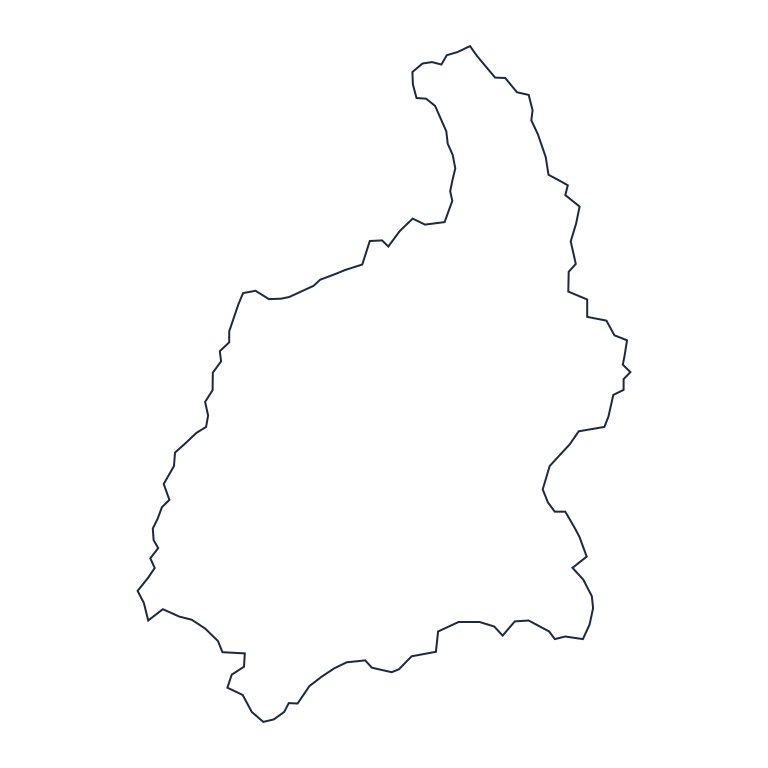 outline of Chuvisca, Rio Grande do Sul, Brazil
{"feature_id": "56859067B76189475102624", "entity_name": "Chuvisca", "entity_type": "district", "adm_level": 2, "iso_a3": "BRA", "parent_name": "Brazil", "parent_adm1": "Rio Grande do Sul", "projection": "robinson", "projection_center": [-52.004, -30.767], "detail": "fine", "context": "isolated", "style": "outline", "palette": "slate", "viewbox_px": 768, "rotation_deg": 0, "n_neighbors": 0, "source": "geoboundaries", "source_scale": "gbopen_adm2", "svg_char_len": 1899}
<svg xmlns="http://www.w3.org/2000/svg" viewBox="0 0 768 768"><path d="M470.0,46.1L457.4,52.1L446.8,55.2L441.4,64.5L432.0,62.1L422.5,63.5L412.4,72.0L412.9,84.4L416.5,98.0L426.1,98.7L435.1,105.9L446.3,131.3L447.7,143.7L452.7,154.9L455.3,168.4L452.3,180.8L450.2,191.3L452.3,200.8L444.6,222.1L425.0,224.6L412.7,218.6L399.8,231.0L388.3,246.5L382.1,240.4L369.8,241.0L362.3,264.5L345.4,269.9L334.6,274.3L320.2,279.7L313.6,285.8L301.0,291.6L289.2,297.0L280.9,298.7L268.9,299.1L255.5,290.8L243.1,293.1L238.3,304.5L229.2,331.4L229.2,342.3L219.8,351.2L221.1,361.3L212.8,372.7L212.6,390.1L205.1,401.9L208.1,415.5L206.1,426.9L196.4,432.9L186.6,442.2L175.0,452.6L174.0,466.0L163.7,484.0L169.4,499.9L161.9,507.2L157.7,518.6L152.8,528.5L153.6,540.1L158.2,548.1L150.3,558.3L154.7,568.0L148.0,577.9L137.6,590.9L143.9,603.1L148.2,620.5L162.8,609.2L179.3,616.6L191.7,619.7L205.2,628.6L217.9,641.0L222.5,652.2L244.8,653.4L244.0,666.7L231.7,674.7L227.4,687.7L242.7,695.0L251.8,712.0L263.3,721.9L273.8,719.4L284.2,711.9L288.8,703.1L297.6,703.5L309.4,686.1L321.5,676.8L334.3,668.3L346.7,662.3L365.2,660.4L371.9,667.7L391.7,672.2L398.9,669.3L411.6,656.3L435.9,651.8L438.1,631.5L458.5,622.0L479.5,622.0L494.2,626.5L502.6,635.6L514.8,621.4L528.6,620.5L549.2,631.5L554.8,639.1L565.2,636.5L582.9,639.1L589.6,624.5L593.1,608.1L591.8,596.1L583.4,579.8L572.5,567.8L586.7,556.6L579.5,537.0L574.6,527.7L565.3,511.7L554.8,511.7L547.9,502.4L542.7,489.4L549.7,466.0L569.9,444.1L578.7,431.3L604.4,426.9L608.5,416.4L613.3,394.9L623.6,389.9L623.6,379.1L630.4,372.1L622.8,364.7L624.6,355.6L627.0,340.3L614.4,335.3L606.4,320.6L587.2,316.9L587.2,299.5L568.3,291.6L568.7,271.8L575.8,263.9L570.7,241.4L576.1,223.6L579.6,206.6L565.3,195.1L567.8,185.3L559.8,180.8L548.5,174.8L545.7,157.0L538.0,134.6L531.3,120.2L532.6,110.4L528.7,94.9L517.0,92.3L505.2,78.0L495.1,77.6L477.1,56.1L470.0,46.1Z" fill="none" stroke="#1e293b" stroke-width="2"/></svg>